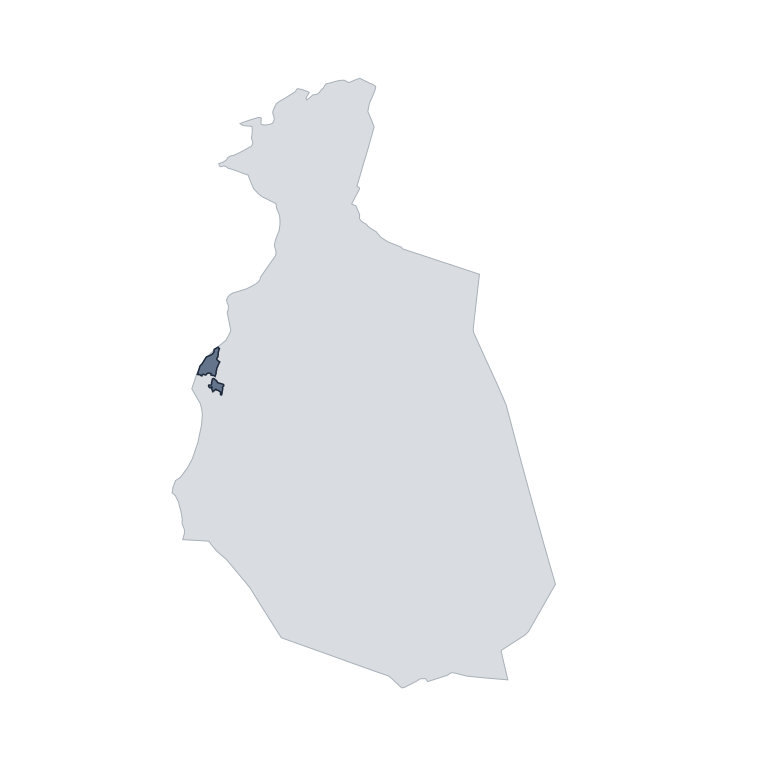 location of Magaria, Zinder, Niger, rotated 107°
{"feature_id": "23599985B72934105448405", "entity_name": "Magaria", "entity_type": "district", "adm_level": 2, "iso_a3": "NER", "parent_name": "Niger", "parent_adm1": "Zinder", "projection": "orthographic", "projection_center": [9.055, 13.224], "detail": "fine", "context": "in_parent", "style": "filled", "palette": "slate", "viewbox_px": 768, "rotation_deg": 107, "n_neighbors": 0, "source": "geoboundaries", "source_scale": "gbopen_adm2", "svg_char_len": 4636}
<svg xmlns="http://www.w3.org/2000/svg" viewBox="0 0 768 768"><g transform="rotate(107 384 384)"><path d="M591.7,531.0L585.1,531.2L581.4,532.4L576.7,536.2L571.3,537.8L564.9,541.1L560.8,543.8L557.0,545.9L551.7,551.0L550.0,554.8L544.7,555.6L537.3,555.1L532.5,551.3L521.5,547.4L514.4,545.9L511.1,545.4L494.4,544.9L476.6,546.5L467.5,548.5L465.8,548.9L460.7,551.3L456.4,554.0L444.8,566.4L429.5,566.0L420.5,564.6L412.8,562.7L401.9,556.9L388.6,548.1L383.5,546.9L378.9,546.2L377.3,546.3L361.4,554.9L358.3,554.7L354.5,555.7L352.0,557.8L350.2,558.9L348.3,559.1L345.8,558.6L343.3,557.2L340.9,554.8L334.4,545.0L333.1,543.2L330.3,540.3L325.7,535.8L322.5,533.7L320.6,533.1L318.2,533.4L305.6,529.4L292.9,525.2L290.1,525.6L288.1,526.5L283.6,529.4L278.4,529.9L271.8,529.5L268.2,529.1L262.4,530.0L258.5,531.1L253.4,533.1L246.7,538.5L244.8,539.2L243.1,540.1L240.6,555.3L238.8,559.8L235.3,565.8L228.6,571.5L224.0,574.9L223.8,579.6L223.3,587.3L223.1,592.7L223.3,596.1L222.6,597.8L222.2,599.3L222.4,601.5L223.5,602.6L224.1,604.0L223.6,605.2L221.5,606.5L219.2,603.0L216.2,600.5L212.9,599.3L210.7,597.5L209.6,595.0L205.3,590.1L195.5,580.4L194.5,580.1L192.8,579.7L190.0,580.8L188.2,582.3L187.0,582.9L185.1,582.9L180.4,584.0L176.5,585.4L176.4,586.7L178.0,593.9L177.1,597.8L175.4,595.9L170.1,588.5L166.5,583.0L165.8,581.8L165.3,580.0L165.7,579.2L167.2,578.7L170.7,578.0L171.4,577.5L171.6,576.0L171.1,573.3L169.3,569.5L167.4,567.0L166.2,566.5L164.2,566.3L161.9,566.6L157.6,569.5L155.7,570.0L151.3,569.6L147.5,568.9L145.1,567.3L138.3,561.1L130.7,554.5L127.5,553.5L126.7,552.8L126.4,547.9L126.7,542.1L127.2,540.6L130.4,541.6L133.8,542.1L135.0,541.1L132.3,538.9L128.4,536.7L127.0,533.5L125.9,532.3L124.2,531.1L122.2,530.5L120.1,529.5L118.8,528.5L116.5,528.1L114.1,527.3L110.8,522.0L107.6,516.9L105.7,512.8L105.1,510.4L106.2,506.4L105.3,504.8L101.7,500.5L98.7,496.6L99.7,490.7L100.5,485.8L100.7,482.7L101.2,481.0L101.7,479.0L103.8,478.5L109.1,478.7L119.5,480.0L127.8,479.2L128.3,479.0L134.3,473.9L141.0,468.6L150.8,468.4L161.3,468.1L169.7,468.0L181.8,468.0L191.6,467.8L202.9,467.7L203.3,465.2L204.0,464.6L205.1,464.5L213.4,466.1L221.2,467.6L222.0,462.8L229.0,456.9L232.9,455.8L233.9,454.7L235.2,452.7L236.0,449.6L236.4,447.4L237.9,445.6L239.1,442.2L240.6,436.2L244.6,430.1L247.0,421.6L247.6,413.4L248.1,407.2L249.3,406.0L249.6,394.9L249.8,383.8L250.0,374.4L250.3,362.7L250.5,352.5L250.8,341.4L251.0,331.4L251.2,324.8L259.0,323.4L267.1,321.9L279.0,319.7L291.8,317.3L305.8,314.7L309.0,313.0L319.6,303.6L324.5,299.4L334.0,290.9L341.3,284.4L350.6,276.1L360.5,267.7L368.3,261.1L380.5,253.5L398.9,242.1L417.2,230.7L435.5,219.2L453.6,207.7L471.7,196.2L489.7,184.7L507.6,173.1L525.4,161.5L543.6,165.6L560.9,169.5L578.4,173.4L582.5,175.5L592.0,183.5L604.1,193.7L604.6,193.8L605.2,193.9L616.3,187.5L630.7,179.1L635.4,200.7L639.1,219.2L639.7,231.1L640.0,234.2L641.3,236.2L644.1,238.3L655.8,255.2L653.6,258.2L655.5,263.5L658.4,265.7L668.1,275.7L669.3,277.7L668.9,279.3L662.9,291.6L661.9,294.6L661.3,310.0L660.8,320.9L660.1,335.9L659.2,353.8L658.5,369.0L657.6,389.0L656.7,408.0L647.6,418.6L631.3,437.5L617.9,452.8L611.2,463.0L598.1,483.0L592.4,495.8L587.8,502.5L585.5,505.4L587.7,514.7L591.7,531.0Z" fill="#d9dde1" stroke="#a8b0b8" stroke-width="1"/><path d="M397.2,553.4L400.5,556.5L401.0,556.5L402.2,556.2L402.4,556.0L403.7,556.1L404.9,556.6L406.0,557.2L407.6,558.8L408.9,560.3L409.6,561.4L410.4,561.9L411.7,562.2L414.7,563.0L415.9,563.3L417.5,563.7L419.0,564.4L419.9,565.0L421.0,565.2L429.4,565.3L429.4,564.3L428.9,563.8L428.9,562.8L429.2,562.4L429.2,562.1L429.5,561.6L429.5,560.5L428.0,560.4L427.6,559.7L427.6,557.3L427.1,556.7L426.0,556.4L424.9,555.4L424.9,554.5L424.7,554.1L424.6,553.1L424.6,552.4L425.5,552.3L426.0,552.1L426.0,550.6L425.7,550.1L425.8,548.4L426.1,547.8L425.1,547.8L424.5,547.7L422.6,547.7L421.5,548.2L418.6,548.2L418.1,548.6L417.1,548.5L416.8,548.3L413.9,548.0L412.5,547.9L411.7,547.6L410.8,547.6L410.6,548.9L409.5,551.0L409.3,551.1L408.4,551.5L407.0,550.8L405.4,551.0L404.2,551.1L402.9,551.7L399.6,551.8L398.3,551.7L398.1,552.7L397.4,552.9L397.2,553.4ZM442.0,537.2L442.0,536.2L440.8,536.1L438.5,536.5L435.6,536.8L434.7,537.5L434.2,537.5L433.2,536.8L431.9,536.8L431.3,537.7L431.3,543.7L430.2,544.6L429.5,545.7L429.4,546.7L428.7,547.6L428.6,548.8L429.2,549.5L430.6,549.5L433.7,549.2L434.3,548.9L435.3,548.9L436.0,549.8L436.1,551.1L436.6,551.4L437.3,551.1L438.3,550.2L438.6,549.4L438.3,548.9L437.3,548.2L437.2,547.6L437.9,547.4L438.6,547.6L440.4,546.3L441.3,545.4L440.8,545.3L439.7,544.0L438.6,543.9L438.1,543.2L438.7,542.2L438.6,540.4L439.3,539.1L439.3,538.2L439.9,537.7L440.9,537.6L442.0,537.2Z" fill="#64748b" stroke="#1e293b" stroke-width="1.5"/></g></svg>